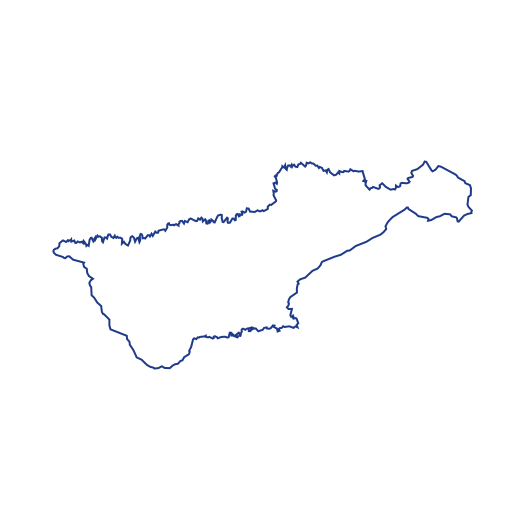 Nobres, Mato Grosso, Brazil, rotated 195°
{"feature_id": "56859067B93249900813034", "entity_name": "Nobres", "entity_type": "district", "adm_level": 2, "iso_a3": "BRA", "parent_name": "Brazil", "parent_adm1": "Mato Grosso", "projection": "robinson", "projection_center": [-55.833, -14.387], "detail": "fine", "context": "isolated", "style": "outline", "palette": "blue", "viewbox_px": 512, "rotation_deg": 195, "n_neighbors": 0, "source": "geoboundaries", "source_scale": "gbopen_adm2", "svg_char_len": 6138}
<svg xmlns="http://www.w3.org/2000/svg" viewBox="0 0 512 512"><g transform="rotate(195 256 256)"><path d="M59.2,355.7L63.3,358.3L65.0,360.3L66.1,368.0L64.3,370.4L65.9,377.1L67.7,379.8L72.6,380.5L74.0,382.3L81.1,384.0L83.2,385.9L85.4,386.6L100.3,390.1L103.1,390.1L104.9,385.9L107.3,383.5L108.6,384.1L115.9,391.0L117.5,390.9L118.3,387.4L122.6,381.7L127.4,378.5L127.5,376.5L125.0,374.0L125.3,372.9L129.2,370.7L129.6,369.7L126.9,367.6L127.2,366.6L129.2,365.2L134.1,364.4L135.1,363.5L134.9,360.8L135.9,359.8L136.8,359.3L139.0,360.2L138.5,357.9L139.0,356.2L140.5,356.3L143.1,354.9L148.4,356.3L152.9,358.9L154.9,356.3L154.0,354.6L154.3,353.2L155.3,352.5L160.9,353.0L161.6,351.8L162.9,351.1L163.5,349.5L168.3,352.5L168.9,354.1L168.9,357.1L169.8,357.0L170.5,356.1L171.7,356.2L170.7,358.4L175.1,365.6L178.7,364.1L182.5,363.9L183.7,363.1L187.3,364.2L187.6,362.4L188.5,361.5L192.9,361.0L193.2,359.7L194.4,359.3L197.5,359.7L196.9,357.2L198.4,357.9L199.5,355.4L201.4,354.1L206.1,356.0L208.4,358.8L209.4,357.8L209.2,355.1L210.9,356.7L212.8,355.7L215.1,358.2L217.5,358.5L218.0,357.3L220.2,359.2L221.7,358.6L224.5,360.2L225.8,359.8L228.0,360.5L229.3,359.0L231.2,359.2L231.1,356.3L231.7,355.1L236.8,357.7L237.3,356.3L238.8,355.4L239.1,352.6L241.1,352.5L242.8,354.1L243.8,353.1L244.2,351.6L245.2,353.3L245.7,351.4L247.0,352.2L248.3,351.8L248.8,349.1L248.6,347.2L249.5,347.6L251.3,351.3L251.7,348.7L253.8,349.6L253.6,348.5L255.5,342.7L256.6,341.6L256.8,338.6L258.0,338.8L258.5,337.8L256.9,336.4L254.6,332.3L254.6,331.1L256.4,331.8L257.9,330.7L255.0,326.0L252.9,325.1L252.9,323.8L253.8,323.2L256.2,323.5L254.9,320.7L254.8,319.2L251.0,315.0L250.9,314.0L254.6,309.2L255.9,309.2L257.4,306.7L256.8,304.5L259.4,302.0L260.4,301.3L261.5,301.9L263.6,300.1L266.3,300.5L268.6,298.2L273.3,297.4L275.4,299.9L277.2,299.7L277.1,296.3L278.2,295.0L280.6,295.6L281.4,295.1L280.0,293.1L280.2,292.0L282.2,292.1L282.0,290.5L282.8,289.8L284.5,291.9L285.6,291.2L285.9,289.7L284.9,285.6L285.6,285.0L287.4,286.4L288.5,286.1L289.8,281.4L291.7,280.8L292.5,282.1L293.0,285.2L293.9,285.5L296.1,280.3L297.1,280.3L298.9,283.7L299.6,286.7L300.8,286.8L303.0,285.4L303.5,284.2L304.6,277.7L305.7,277.7L306.4,278.8L308.6,279.7L308.5,277.9L309.2,276.4L310.5,278.3L311.2,277.4L310.7,275.8L311.1,274.7L312.4,274.6L313.6,277.5L314.6,278.3L316.3,275.6L317.5,278.3L318.7,278.9L319.5,276.6L321.5,277.4L322.0,274.6L323.0,274.1L328.9,275.3L330.1,274.1L330.8,270.9L333.8,271.4L334.0,268.7L336.6,270.8L338.0,270.2L338.8,269.3L338.4,268.1L339.1,266.6L338.7,265.3L341.5,266.1L343.1,264.4L344.0,264.8L346.3,263.7L347.9,263.9L348.5,265.1L349.3,264.6L349.8,263.1L349.1,260.5L350.1,256.9L351.4,257.9L352.6,257.6L356.7,255.2L356.6,253.2L358.3,252.7L359.6,253.5L360.9,248.7L362.7,250.5L363.5,247.4L364.7,248.4L365.9,248.1L367.6,244.2L368.8,244.4L370.2,243.7L371.1,246.4L372.1,247.4L373.2,247.4L373.4,245.2L371.9,240.7L372.2,239.2L374.5,243.2L375.7,242.3L376.5,238.5L378.6,242.0L380.6,243.1L381.4,242.5L382.0,241.2L381.5,238.2L382.4,233.0L385.2,233.8L387.3,235.6L388.7,233.2L389.7,238.0L391.9,238.6L393.4,238.0L395.0,238.7L395.6,237.4L396.6,237.6L397.7,239.0L398.4,236.5L400.7,237.1L402.6,239.0L404.2,238.5L404.4,234.3L405.8,235.1L407.1,234.7L407.4,229.7L408.6,230.6L409.6,233.7L411.9,234.6L413.2,233.8L414.4,234.7L415.3,230.9L416.0,232.5L416.7,230.4L416.1,229.4L416.8,227.9L419.5,231.1L420.3,230.6L420.9,228.6L420.3,222.6L421.4,223.1L422.4,221.8L423.0,223.1L424.7,224.6L425.3,223.5L425.9,224.3L425.7,225.4L426.5,226.1L427.0,224.0L428.2,224.6L429.6,223.5L431.9,223.9L433.0,222.1L434.0,221.9L435.5,223.9L438.1,222.1L438.8,224.1L439.3,222.9L440.5,222.8L441.0,221.9L441.8,222.5L443.0,220.4L446.5,221.1L449.1,217.6L448.6,214.5L449.8,212.0L451.2,211.4L452.8,209.8L453.0,208.3L452.1,206.8L449.5,205.4L442.3,205.1L441.0,204.5L439.7,204.5L438.3,206.6L436.4,207.4L431.7,205.1L420.4,205.1L420.8,203.7L419.8,201.9L419.1,200.9L416.2,199.9L414.6,195.9L412.2,193.4L407.6,191.8L409.3,189.8L410.0,186.8L408.8,184.6L407.1,183.2L404.6,175.5L401.6,173.9L397.2,169.9L392.6,167.6L390.4,162.1L388.7,160.4L387.7,160.4L381.1,156.6L379.7,151.1L377.6,147.5L360.2,145.5L359.0,142.4L356.0,140.4L354.9,137.6L350.2,133.5L345.0,127.2L339.6,126.2L333.2,122.6L329.6,121.6L325.9,121.6L325.0,121.0L321.2,122.5L318.4,125.1L315.2,124.2L310.2,125.4L308.0,128.8L305.7,130.8L303.7,131.5L301.7,135.2L300.1,136.1L299.2,139.7L295.4,143.7L295.2,146.3L296.0,147.0L295.1,151.5L295.2,159.1L294.4,160.5L292.3,160.2L291.1,162.4L290.0,162.4L289.3,163.3L285.1,164.9L283.9,166.0L283.6,164.9L281.2,165.0L280.2,165.8L276.5,165.1L275.6,165.8L275.9,167.1L275.0,167.9L272.5,167.4L271.7,166.6L268.4,168.9L265.0,170.0L262.5,169.8L261.4,170.6L261.5,175.1L260.4,175.5L258.3,174.4L259.5,173.8L259.2,172.8L257.9,173.2L252.9,172.6L252.5,173.6L255.4,174.0L252.8,177.5L251.6,176.6L250.7,177.4L250.1,179.1L250.8,180.8L250.3,182.1L249.3,182.5L247.3,181.9L245.9,183.5L244.3,184.3L243.5,181.6L242.2,181.9L241.3,183.3L242.8,185.1L241.8,185.9L240.4,185.9L240.5,184.6L237.6,186.0L234.3,183.9L230.4,186.5L229.6,188.6L227.2,189.8L226.6,188.8L224.2,189.2L223.1,190.1L221.6,193.4L220.2,193.5L220.5,192.1L216.9,191.3L215.6,188.7L213.9,189.9L215.1,191.2L214.5,192.4L212.6,193.2L211.6,195.2L210.1,194.8L205.6,196.7L201.1,196.3L200.4,197.6L199.3,198.2L197.5,197.9L198.9,199.8L197.8,202.0L200.6,206.0L201.6,206.3L203.5,205.2L204.4,205.8L204.0,206.9L204.8,207.9L205.2,206.8L206.3,206.4L207.5,207.8L207.6,214.2L210.8,213.2L212.9,214.4L211.8,216.7L212.0,218.9L212.9,219.5L213.0,222.4L212.2,225.2L207.0,231.3L208.2,235.4L208.4,239.4L207.6,240.3L209.3,242.0L207.2,245.0L202.9,247.8L197.6,256.3L193.2,259.9L191.3,263.8L190.9,266.9L190.1,268.0L180.0,275.6L174.4,279.1L169.1,284.8L167.0,285.5L162.2,291.5L152.9,298.4L148.2,303.5L141.5,308.7L139.2,311.7L137.2,315.7L138.6,318.3L137.5,322.7L135.8,326.1L134.0,329.1L124.5,339.2L122.9,341.9L121.8,342.1L121.0,340.9L112.6,338.2L109.6,336.5L100.5,337.2L99.0,336.5L98.9,334.6L96.0,336.1L91.6,340.5L88.9,341.8L84.9,345.5L79.4,346.5L77.2,345.0L72.5,345.1L71.7,344.5L70.2,341.6L69.1,341.7L65.5,348.9L62.6,351.3L59.0,353.2L59.4,354.1L59.2,355.7ZM251.6,176.6L251.4,174.8L250.4,174.8L250.3,176.1L251.6,176.6Z" fill="none" stroke="#1e3a8a" stroke-width="2"/></g></svg>